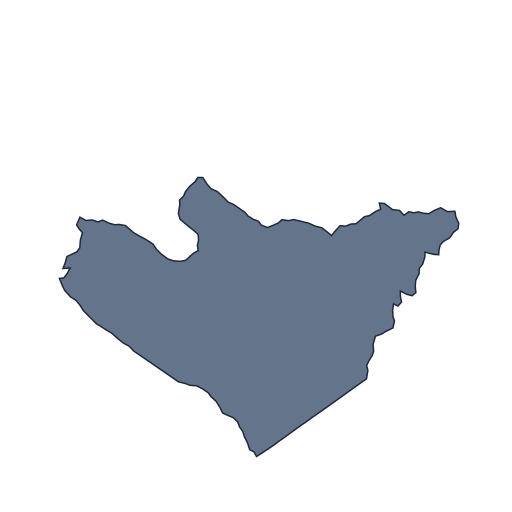 Contenda, Paraná, Brazil (Mercator projection), rotated 308°
{"feature_id": "56859067B27721261904697", "entity_name": "Contenda", "entity_type": "district", "adm_level": 2, "iso_a3": "BRA", "parent_name": "Brazil", "parent_adm1": "Paraná", "projection": "mercator", "projection_center": [-49.513, -25.7], "detail": "fine", "context": "isolated", "style": "filled", "palette": "slate", "viewbox_px": 512, "rotation_deg": 308, "n_neighbors": 0, "source": "geoboundaries", "source_scale": "gbopen_adm2", "svg_char_len": 2409}
<svg xmlns="http://www.w3.org/2000/svg" viewBox="0 0 512 512"><g transform="rotate(308 256 256)"><path d="M139.2,107.3L133.0,109.9L127.3,111.6L132.1,116.9L125.5,118.1L120.3,118.0L117.3,114.9L113.7,121.1L111.1,126.4L109.6,135.1L110.2,141.3L109.0,147.2L106.6,153.9L105.8,160.3L104.9,167.4L104.3,172.0L105.0,177.2L105.5,183.4L106.4,189.9L105.8,197.9L105.8,205.5L106.8,211.4L105.8,218.6L106.2,223.6L109.1,272.3L112.0,278.8L113.6,283.8L117.2,289.3L118.4,295.7L118.8,302.6L117.5,306.9L116.9,314.2L114.3,321.2L111.7,326.4L113.2,332.6L114.6,337.5L114.1,343.5L111.1,348.4L109.6,353.5L106.2,358.5L103.6,364.2L99.5,370.3L100.4,375.0L98.3,379.9L111.5,384.4L118.4,386.6L123.8,388.0L128.9,389.6L150.6,395.8L157.4,398.0L163.2,399.6L182.7,405.6L188.6,407.3L214.6,414.9L227.2,418.7L234.6,414.7L237.8,410.7L242.9,409.5L248.9,408.9L253.4,407.3L258.4,402.7L266.3,399.5L271.4,402.8L276.8,404.9L283.6,408.2L290.1,405.1L292.5,401.3L297.4,397.0L302.9,393.9L304.0,398.7L309.4,399.0L313.0,394.7L317.3,391.3L318.6,398.3L320.8,403.5L325.6,404.5L330.1,400.2L335.1,396.9L342.4,395.4L346.8,392.3L352.3,392.3L359.1,389.7L363.1,386.8L366.6,394.9L369.5,399.2L373.2,396.6L378.0,394.4L382.7,394.7L389.8,397.5L395.9,397.0L401.8,398.4L406.5,395.7L410.0,389.2L413.7,385.2L408.9,379.6L407.7,371.8L401.8,368.5L395.8,366.2L392.5,361.2L390.8,356.8L387.4,354.0L385.0,349.2L379.2,347.5L380.3,341.1L376.6,334.9L376.5,324.9L373.6,320.6L369.6,325.4L364.6,322.8L357.8,320.6L353.8,317.3L343.0,315.0L339.6,311.1L334.7,308.3L331.7,303.6L323.4,303.0L318.6,303.0L318.8,296.4L318.8,290.7L316.0,284.3L314.3,277.3L310.7,269.3L307.9,263.2L304.0,260.0L300.6,254.1L295.9,253.3L290.7,250.6L285.4,247.4L283.6,241.0L284.9,236.6L283.2,231.0L282.6,225.1L283.6,220.0L283.2,213.4L282.8,206.4L281.3,201.0L282.3,193.7L283.0,186.0L281.3,179.1L282.5,173.2L285.1,165.8L282.1,161.8L276.8,162.2L270.2,160.9L263.3,160.8L258.4,162.1L253.0,161.3L249.9,164.1L241.8,168.6L238.2,173.6L237.8,185.3L237.8,192.0L237.3,197.2L233.1,201.0L228.1,203.4L224.7,207.2L220.0,205.1L214.0,204.0L209.3,203.2L205.2,199.6L201.3,193.8L199.4,188.1L199.2,180.0L200.0,173.5L202.0,167.4L201.2,158.6L199.8,150.9L199.0,144.8L199.3,140.4L199.6,134.4L196.6,128.7L193.6,125.4L191.3,119.5L189.8,113.0L185.5,110.5L183.6,104.7L179.3,100.2L178.2,93.3L173.9,94.5L170.0,95.5L168.5,99.9L167.5,104.9L160.4,107.8L154.0,112.1L149.1,112.3L145.2,110.4L139.2,107.3Z" fill="#64748b" stroke="#1e293b" stroke-width="1.5"/></g></svg>